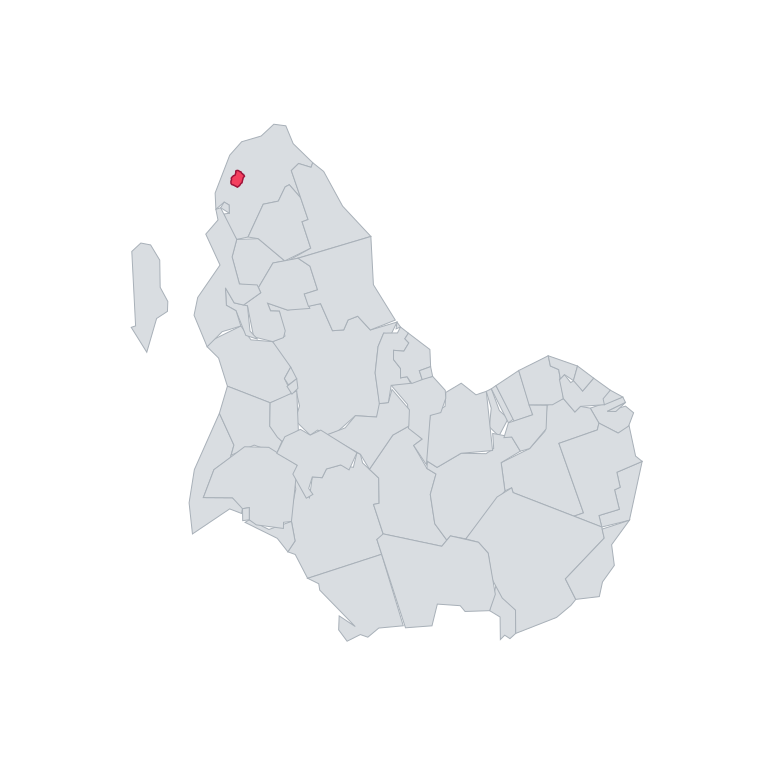 where Lesotho sits in Africa, rotated 162°
{"feature_id": "LSO", "entity_name": "Lesotho", "entity_type": "country or territory", "adm_level": 0, "iso_a3": "LSO", "parent_name": "Africa", "parent_adm1": "", "projection": "natural_earth1", "projection_center": [28.2, -29.612], "detail": "fine", "context": "in_parent", "style": "filled", "palette": "rose", "viewbox_px": 768, "rotation_deg": 162, "n_neighbors": 49, "source": "natural_earth", "source_scale": "50m", "svg_char_len": 11191}
<svg xmlns="http://www.w3.org/2000/svg" viewBox="0 0 768 768"><g transform="rotate(162 384 384)"><path d="M498.1,401.3L533.6,430.3L533.3,459.8L540.7,474.1L535.4,478.6L502.2,483.4L496.9,467.1L476.8,458.7L469.3,444.6L467.5,428.9L477.0,420.0L474.7,402.8L498.1,401.3Z" fill="#d9dde1" stroke="#a8b0b8" stroke-width="1"/><path d="M221.1,180.7L220.2,192.5L198.9,192.1L197.4,212.1L191.3,212.8L189.8,228.1L162.4,230.6L192.7,178.6L221.1,180.7Z" fill="#d9dde1" stroke="#a8b0b8" stroke-width="1"/><path d="M467.5,428.9L476.8,458.7L463.4,460.2L461.0,485.6L469.3,488.6L469.8,496.9L452.9,484.1L419.5,480.0L416.5,450.6L405.6,447.9L398.4,456.0L388.1,456.6L380.3,439.6L352.5,438.9L362.0,428.9L368.6,432.5L378.1,421.4L389.0,397.3L395.1,361.3L401.3,354.9L421.0,362.7L442.8,353.2L454.3,353.3L461.4,360.7L470.0,358.2L479.8,376.8L471.1,389.3L467.5,428.9Z" fill="#d9dde1" stroke="#a8b0b8" stroke-width="1"/><path d="M549.6,407.0L545.6,372.3L553.2,361.1L572.2,355.1L590.9,331.8L563.3,322.6L555.7,311.9L559.5,304.9L569.4,312.9L612.5,300.6L606.1,331.2L590.8,361.2L549.6,407.0Z" fill="#d9dde1" stroke="#a8b0b8" stroke-width="1"/><path d="M533.6,430.3L498.1,401.3L505.7,379.2L498.8,361.0L507.4,351.2L526.4,366.0L551.4,363.5L545.6,372.3L549.6,407.0L533.6,430.3Z" fill="#d9dde1" stroke="#a8b0b8" stroke-width="1"/><path d="M435.5,330.1L430.5,326.7L428.1,324.4L428.8,315.6L418.1,296.2L425.5,272.1L431.2,272.7L431.2,238.4L438.8,238.4L438.9,222.8L516.7,222.8L521.1,249.3L527.3,254.1L517.1,262.2L513.5,288.6L500.3,311.4L498.5,326.5L490.1,298.8L480.9,317.8L471.8,314.0L465.0,321.0L450.2,320.4L438.9,314.2L431.0,327.0L435.5,330.1Z" fill="#d9dde1" stroke="#a8b0b8" stroke-width="1"/><path d="M431.1,241.7L431.2,272.7L425.5,272.1L418.1,296.2L424.2,307.4L391.4,332.7L373.4,336.3L364.7,319.8L374.8,316.4L369.3,290.4L362.4,282.3L374.1,264.7L378.9,235.4L372.5,216.1L379.2,211.8L431.1,241.7Z" fill="#d9dde1" stroke="#a8b0b8" stroke-width="1"/><path d="M383.4,616.5L386.4,612.6L397.1,620.1L406.2,615.6L405.7,586.7L412.5,602.8L417.1,602.0L428.0,590.6L443.3,592.3L467.9,565.8L479.4,567.0L484.2,583.6L483.5,595.1L478.3,594.2L476.0,602.1L479.8,606.4L489.9,602.1L485.6,617.8L460.0,649.3L444.5,658.4L424.2,657.8L408.5,665.1L397.6,659.9L396.1,640.6L383.4,616.5ZM464.9,619.4L459.0,618.6L452.1,626.6L459.2,631.9L464.9,619.4Z" fill="#d9dde1" stroke="#a8b0b8" stroke-width="1"/><path d="M479.4,567.0L458.7,561.1L440.4,531.8L452.2,533.4L473.6,514.5L490.6,523.8L489.2,551.8L479.4,567.0Z" fill="#d9dde1" stroke="#a8b0b8" stroke-width="1"/><path d="M467.9,565.8L443.3,592.3L428.0,590.6L417.1,602.0L412.5,602.8L405.7,586.7L405.4,563.9L411.8,563.6L411.7,535.8L440.4,531.8L458.7,561.1L467.9,565.8Z" fill="#d9dde1" stroke="#a8b0b8" stroke-width="1"/><path d="M405.4,563.9L406.2,615.6L397.1,620.1L386.4,612.6L383.4,616.5L375.7,604.8L368.4,565.9L350.9,528.4L439.2,530.6L411.7,535.8L411.8,563.6L405.4,563.9Z" fill="#d9dde1" stroke="#a8b0b8" stroke-width="1"/><path d="M161.1,288.3L155.5,279.5L166.2,266.1L176.5,265.0L191.7,280.4L195.3,297.3L160.9,297.8L160.0,291.8L180.1,289.0L161.1,288.3Z" fill="#d9dde1" stroke="#a8b0b8" stroke-width="1"/><path d="M195.3,297.3L191.7,280.4L195.3,274.4L236.0,273.5L234.1,199.8L244.1,199.6L294.8,240.8L294.7,245.8L302.0,245.0L296.9,273.0L265.5,277.6L245.6,289.3L235.5,313.4L217.9,314.7L211.1,298.4L204.1,302.0L195.3,297.3Z" fill="#d9dde1" stroke="#a8b0b8" stroke-width="1"/><path d="M162.4,230.6L189.8,228.1L191.3,212.8L197.4,212.1L198.9,192.1L220.2,192.5L221.1,180.7L244.1,199.6L234.1,199.8L236.0,273.5L195.3,274.4L191.7,280.4L176.5,265.0L163.8,268.6L167.0,237.7L162.4,230.6Z" fill="#d9dde1" stroke="#a8b0b8" stroke-width="1"/><path d="M289.0,345.4L283.4,346.3L282.5,323.1L276.7,312.6L290.9,298.9L297.0,310.6L289.5,327.9L289.0,345.4Z" fill="#d9dde1" stroke="#a8b0b8" stroke-width="1"/><path d="M372.5,216.1L378.9,235.4L374.1,264.7L362.4,282.3L369.3,290.4L366.5,297.0L359.3,288.3L332.1,294.3L308.5,286.2L299.6,288.8L295.9,303.4L278.9,294.1L275.1,278.0L296.9,273.0L302.0,245.0L354.0,211.4L367.8,219.0L372.5,216.1Z" fill="#d9dde1" stroke="#a8b0b8" stroke-width="1"/><path d="M289.0,345.4L301.3,287.2L332.1,294.3L359.3,288.3L369.1,300.1L349.7,339.8L332.8,343.9L327.8,356.9L310.3,360.9L299.9,345.3L289.0,345.4Z" fill="#d9dde1" stroke="#a8b0b8" stroke-width="1"/><path d="M368.6,294.1L374.8,316.4L364.7,319.8L374.4,334.2L367.9,357.2L377.6,380.5L335.4,376.2L327.7,359.1L329.6,351.4L338.8,339.3L349.7,339.8L368.6,294.1Z" fill="#d9dde1" stroke="#a8b0b8" stroke-width="1"/><path d="M277.7,308.6L283.4,346.3L278.0,347.9L271.3,310.8L277.7,308.6Z" fill="#d9dde1" stroke="#a8b0b8" stroke-width="1"/><path d="M271.8,308.4L278.0,347.9L251.7,355.2L252.1,308.8L271.8,308.4Z" fill="#d9dde1" stroke="#a8b0b8" stroke-width="1"/><path d="M217.9,314.7L230.2,312.2L252.5,319.1L251.7,355.2L219.1,360.1L220.2,349.7L213.4,343.7L217.9,314.7Z" fill="#d9dde1" stroke="#a8b0b8" stroke-width="1"/><path d="M180.8,296.2L204.1,302.0L211.1,298.4L217.9,314.7L215.7,334.3L209.5,337.2L206.0,327.6L201.0,329.1L197.3,315.9L182.8,324.8L170.7,308.2L180.8,296.2Z" fill="#d9dde1" stroke="#a8b0b8" stroke-width="1"/><path d="M160.9,297.8L180.8,296.2L180.2,302.2L170.7,308.2L160.9,297.8Z" fill="#d9dde1" stroke="#a8b0b8" stroke-width="1"/><path d="M214.7,334.3L213.4,343.7L220.2,349.7L219.1,360.1L194.4,341.3L202.8,328.7L209.5,337.2L214.7,334.3Z" fill="#d9dde1" stroke="#a8b0b8" stroke-width="1"/><path d="M182.8,324.8L197.3,315.9L202.8,328.7L194.4,341.3L182.8,324.8Z" fill="#d9dde1" stroke="#a8b0b8" stroke-width="1"/><path d="M235.5,313.4L243.7,291.2L265.5,277.6L275.1,278.0L278.9,294.1L286.5,295.9L277.7,308.6L252.1,308.8L252.5,319.1L235.5,313.4Z" fill="#d9dde1" stroke="#a8b0b8" stroke-width="1"/><path d="M454.3,353.3L434.4,354.3L421.0,362.7L401.3,354.9L394.5,366.8L385.6,365.0L378.1,376.4L367.8,351.6L373.4,336.3L391.4,332.7L424.2,307.4L428.1,324.4L454.3,353.3Z" fill="#d9dde1" stroke="#a8b0b8" stroke-width="1"/><path d="M394.5,366.8L389.0,397.3L378.1,421.4L368.6,432.5L355.4,428.4L350.7,433.1L345.1,424.8L350.2,420.6L347.7,415.4L355.0,409.1L364.5,413.1L367.4,404.3L363.5,393.7L366.4,384.7L359.8,383.8L358.4,376.4L377.6,380.5L385.6,365.0L394.5,366.8Z" fill="#d9dde1" stroke="#a8b0b8" stroke-width="1"/><path d="M346.3,376.4L357.5,375.9L359.8,383.8L366.4,384.7L363.5,393.7L367.4,404.3L364.5,413.1L355.0,409.1L347.7,415.4L350.2,420.6L345.1,424.8L329.7,402.6L334.3,386.1L346.3,385.7L346.3,376.4Z" fill="#d9dde1" stroke="#a8b0b8" stroke-width="1"/><path d="M335.4,376.2L346.3,376.4L346.3,385.7L334.3,386.1L335.4,376.2Z" fill="#d9dde1" stroke="#a8b0b8" stroke-width="1"/><path d="M476.8,458.7L493.4,469.1L489.7,500.5L493.2,502.5L473.0,508.9L473.6,514.5L452.2,533.4L426.9,530.2L418.0,518.9L418.1,494.1L432.0,494.2L431.2,478.8L452.9,484.1L469.8,496.9L469.3,488.6L461.0,485.6L461.5,465.1L465.2,459.2L476.8,458.7Z" fill="#d9dde1" stroke="#a8b0b8" stroke-width="1"/><path d="M490.3,465.6L500.4,472.9L502.1,499.4L509.6,507.5L505.1,524.5L501.4,507.5L489.7,500.5L495.1,475.7L490.3,465.6Z" fill="#d9dde1" stroke="#a8b0b8" stroke-width="1"/><path d="M502.2,483.4L521.7,483.8L540.7,474.1L543.4,508.1L534.4,523.9L503.2,547.8L507.2,581.6L491.2,591.3L489.9,602.1L484.9,602.1L479.4,567.0L489.2,551.8L490.6,523.8L474.0,517.4L473.0,508.9L493.2,502.5L501.4,507.5L505.1,524.5L509.6,507.5L502.1,499.4L502.2,483.4Z" fill="#d9dde1" stroke="#a8b0b8" stroke-width="1"/><path d="M484.9,602.1L479.8,606.4L476.0,602.1L478.3,594.2L484.9,602.1Z" fill="#d9dde1" stroke="#a8b0b8" stroke-width="1"/><path d="M350.7,433.1L355.5,432.7L352.5,438.9L350.7,433.1ZM353.5,441.3L380.3,439.6L388.1,456.6L398.4,456.0L405.6,447.9L416.5,450.6L419.5,480.0L431.9,481.2L432.0,494.2L418.1,494.1L418.0,518.9L426.9,530.2L350.9,528.4L363.4,481.7L353.5,441.3Z" fill="#d9dde1" stroke="#a8b0b8" stroke-width="1"/><path d="M475.1,412.7L477.0,420.0L467.5,428.9L465.4,416.0L475.1,412.7Z" fill="#d9dde1" stroke="#a8b0b8" stroke-width="1"/><path d="M599.8,487.5L606.9,516.0L602.3,516.0L582.9,588.0L571.7,593.2L563.0,588.4L559.0,571.1L567.0,545.1L564.1,529.3L567.5,520.0L580.0,516.6L599.8,487.5Z" fill="#d9dde1" stroke="#a8b0b8" stroke-width="1"/><path d="M160.0,291.8L172.0,286.2L180.1,289.0L160.0,291.8Z" fill="#d9dde1" stroke="#a8b0b8" stroke-width="1"/><path d="M339.7,157.9L328.8,128.3L335.8,106.1L342.9,102.9L346.8,107.8L352.3,105.0L345.6,126.5L353.6,135.8L339.7,157.9Z" fill="#d9dde1" stroke="#a8b0b8" stroke-width="1"/><path d="M221.1,180.7L222.2,169.4L271.7,142.6L268.2,119.9L274.6,115.7L292.0,108.7L335.8,106.1L328.8,128.3L337.7,143.9L341.5,164.8L337.2,190.9L343.1,204.3L354.0,211.4L311.4,241.6L294.7,245.8L294.8,240.8L221.1,180.7Z" fill="#d9dde1" stroke="#a8b0b8" stroke-width="1"/><path d="M514.5,281.9L517.1,262.2L527.3,254.1L533.2,270.2L558.9,295.3L554.1,296.5L538.4,281.2L514.5,281.9Z" fill="#d9dde1" stroke="#a8b0b8" stroke-width="1"/><path d="M192.7,178.6L217.2,160.8L221.0,140.3L237.4,128.2L244.9,115.3L268.2,119.9L271.7,142.6L222.2,169.4L221.4,178.6L192.7,178.6Z" fill="#d9dde1" stroke="#a8b0b8" stroke-width="1"/><path d="M516.7,222.8L438.9,222.8L440.4,148.1L464.4,153.5L477.6,148.2L483.9,153.0L498.6,150.8L503.1,164.2L498.3,177.3L486.3,162.2L508.8,207.8L507.8,214.2L516.7,222.8Z" fill="#d9dde1" stroke="#a8b0b8" stroke-width="1"/><path d="M438.9,145.5L438.8,238.4L431.1,241.7L379.2,211.8L367.8,219.0L343.1,204.3L337.2,190.9L343.1,149.6L353.6,135.8L377.2,142.6L380.0,149.6L401.3,158.2L413.1,139.2L438.9,145.5Z" fill="#d9dde1" stroke="#a8b0b8" stroke-width="1"/><path d="M590.9,331.8L572.2,355.1L536.0,367.4L513.2,359.4L491.6,333.5L514.5,281.9L522.3,283.5L524.3,277.7L549.0,289.5L554.1,296.5L550.3,308.1L557.1,309.1L563.3,322.6L590.9,331.8Z" fill="#d9dde1" stroke="#a8b0b8" stroke-width="1"/><path d="M554.1,296.5L560.6,297.7L557.1,309.1L550.3,308.1L554.1,296.5Z" fill="#d9dde1" stroke="#a8b0b8" stroke-width="1"/><path d="M498.1,401.3L469.1,404.4L480.3,364.6L498.8,361.0L501.9,366.4L505.7,379.2L498.1,401.3Z" fill="#d9dde1" stroke="#a8b0b8" stroke-width="1"/><path d="M474.7,402.8L477.0,411.7L465.4,416.0L467.2,406.5L474.7,402.8Z" fill="#d9dde1" stroke="#a8b0b8" stroke-width="1"/><path d="M477.5,366.7L470.0,358.2L458.4,359.7L431.0,327.0L443.8,313.1L450.2,320.4L465.0,321.0L471.8,314.0L480.9,317.8L487.9,307.9L485.7,301.0L493.2,299.4L498.5,326.5L491.6,333.5L507.4,351.2L494.6,364.5L477.5,366.7Z" fill="#d9dde1" stroke="#a8b0b8" stroke-width="1"/><path d="M463.3,628.4L462.7,628.6L462.3,628.6L461.8,628.6L461.4,628.7L461.1,628.7L460.6,629.3L459.7,630.8L459.4,631.1L459.4,631.7L459.2,632.2L458.9,632.5L458.7,632.6L457.9,632.5L457.0,632.3L456.4,631.8L455.9,631.2L455.7,630.8L455.4,630.6L455.3,630.4L454.9,630.2L454.6,630.1L454.5,629.8L454.4,629.5L454.4,628.8L454.1,628.4L453.7,627.7L453.4,627.1L453.0,626.3L452.7,625.7L452.5,625.0L452.5,624.7L453.5,624.1L454.0,623.8L454.4,623.3L454.8,622.6L455.1,622.1L455.3,621.9L455.5,621.6L455.9,620.9L456.4,620.1L456.8,619.3L457.5,619.1L458.3,618.8L459.1,618.1L460.0,617.4L461.6,616.8L462.3,616.6L462.6,616.5L462.8,616.6L462.9,617.0L463.2,617.3L463.8,617.9L464.1,618.0L464.7,618.8L465.4,619.4L466.1,620.1L466.7,620.4L466.9,620.5L467.2,621.1L467.4,621.5L467.5,621.9L467.5,622.3L467.2,623.2L466.9,624.2L466.6,624.6L466.2,624.9L465.9,625.3L465.8,626.0L465.6,627.0L465.2,627.3L464.8,627.6L464.3,627.9L463.3,628.4Z" fill="#f43f5e" stroke="#9f1239" stroke-width="1.5"/></g></svg>